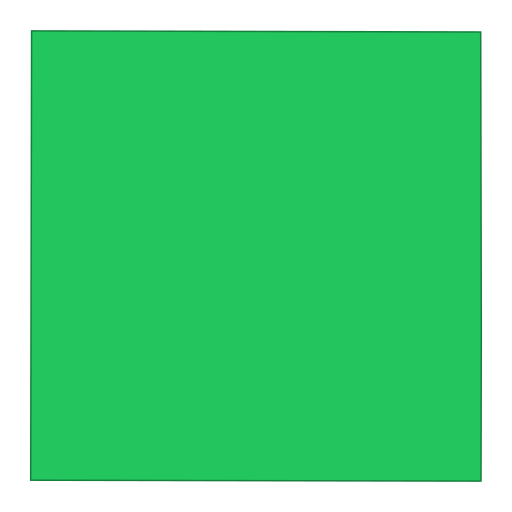 Seward, Nebraska, United States of America
{"feature_id": "52423323B50474680462759", "entity_name": "Seward", "entity_type": "district", "adm_level": 2, "iso_a3": "USA", "parent_name": "United States of America", "parent_adm1": "Nebraska", "projection": "equal_earth", "projection_center": [-97.107, 40.872], "detail": "fine", "context": "isolated", "style": "filled", "palette": "green", "viewbox_px": 512, "rotation_deg": 0, "n_neighbors": 0, "source": "geoboundaries", "source_scale": "gbopen_adm2", "svg_char_len": 211}
<svg xmlns="http://www.w3.org/2000/svg" viewBox="0 0 512 512"><path d="M30.7,480.2L478.7,481.1L481.0,481.0L481.3,331.3L480.7,32.0L31.6,30.9L30.7,480.2Z" fill="#22c55e" stroke="#15803d" stroke-width="1.5"/></svg>